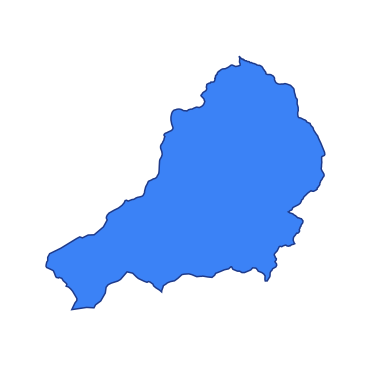 Luncoiu De Jos, Hunedoara, Romania, rotated 284°
{"feature_id": "2599482B97743802111601", "entity_name": "Luncoiu De Jos", "entity_type": "district", "adm_level": 2, "iso_a3": "ROU", "parent_name": "Romania", "parent_adm1": "Hunedoara", "projection": "albers", "projection_center": [22.778, 46.083], "detail": "fine", "context": "isolated", "style": "filled", "palette": "blue", "viewbox_px": 384, "rotation_deg": 284, "n_neighbors": 0, "source": "geoboundaries", "source_scale": "gbopen_adm2", "svg_char_len": 6057}
<svg xmlns="http://www.w3.org/2000/svg" viewBox="0 0 384 384"><g transform="rotate(284 192 192)"><path d="M190.8,306.7L192.5,304.6L192.5,302.6L192.8,301.9L192.5,301.1L193.3,299.5L194.1,298.1L194.2,297.3L194.8,295.8L195.2,295.2L195.3,294.4L195.4,291.9L196.0,290.3L196.5,290.9L197.8,291.7L198.6,293.0L199.7,293.4L200.5,293.4L201.5,293.8L205.6,298.5L207.4,299.8L209.4,300.3L210.7,300.3L212.2,301.4L213.4,301.5L214.6,301.9L216.9,303.4L218.7,304.4L222.1,307.2L221.8,308.1L222.1,309.8L223.7,311.7L225.1,312.8L226.1,312.5L226.3,312.6L227.3,313.2L228.0,313.4L229.3,314.0L230.1,314.2L231.7,313.9L232.6,314.2L234.0,314.2L234.3,314.3L234.7,314.6L235.9,315.1L236.8,315.3L237.7,315.4L238.7,316.0L239.5,316.2L240.3,316.1L241.4,315.6L241.8,315.2L242.7,314.4L243.5,313.5L244.5,312.6L245.7,311.8L246.5,311.6L247.1,311.6L248.0,311.5L249.7,311.1L252.6,310.7L253.1,310.4L257.0,309.4L257.8,309.5L258.1,309.9L259.6,311.6L260.6,311.8L262.6,311.0L270.4,305.3L274.7,301.8L276.8,300.4L278.4,298.4L281.5,295.1L282.6,294.5L283.8,293.7L285.1,291.6L286.1,290.6L287.1,290.0L287.6,286.9L287.9,286.1L288.6,285.7L288.9,285.0L289.3,284.1L289.3,282.7L289.6,282.0L289.7,281.3L290.1,279.6L290.0,277.9L290.1,277.5L290.9,276.6L291.7,276.3L292.8,275.8L294.9,275.3L296.7,275.4L299.9,274.5L302.9,272.7L305.0,272.2L306.8,271.9L307.8,271.2L308.5,270.1L309.0,269.7L311.6,268.4L313.4,267.3L316.1,266.2L317.0,265.6L318.6,263.0L319.3,261.8L319.7,258.0L319.7,256.2L319.6,255.8L318.8,254.3L318.3,252.2L317.9,251.5L317.8,250.9L317.7,249.6L318.1,247.7L318.6,246.8L319.2,246.2L320.0,245.6L320.6,245.1L321.0,244.8L321.9,244.7L322.8,244.3L323.7,243.3L324.2,242.7L324.4,241.5L324.7,241.1L324.9,239.9L324.8,238.9L324.3,237.1L324.3,236.2L324.4,235.6L324.7,235.0L325.4,234.9L326.2,234.4L326.6,233.9L326.9,233.4L327.7,232.7L328.4,231.6L329.6,230.6L330.6,229.4L331.3,227.0L331.0,226.2L331.0,224.1L331.4,223.3L331.7,221.0L331.5,219.9L331.6,219.5L332.0,218.4L331.9,218.0L331.5,217.1L332.2,216.2L332.3,215.7L332.2,215.1L332.0,214.5L332.0,214.0L332.4,213.3L332.5,212.9L332.3,212.3L332.2,211.8L332.4,211.3L332.8,210.7L332.9,210.4L332.6,210.1L332.6,209.8L333.2,209.4L333.4,209.1L333.1,208.6L333.0,208.2L335.2,204.8L333.2,206.0L329.6,206.6L327.9,207.8L326.6,208.0L325.5,206.5L324.3,204.0L324.9,200.5L324.6,199.3L322.0,197.2L319.7,194.5L318.8,191.9L318.0,190.9L316.9,189.9L315.9,189.3L315.5,188.6L314.0,187.9L312.5,187.7L311.8,187.3L311.7,187.3L311.7,187.5L310.8,186.9L310.3,186.7L310.0,186.7L309.3,187.1L307.8,186.6L307.6,186.7L307.6,187.1L307.1,187.1L305.1,187.0L305.0,186.9L304.2,186.6L303.9,186.0L303.6,185.3L303.2,183.7L302.2,183.5L302.1,183.1L302.0,182.7L301.7,182.2L300.2,180.5L299.8,180.3L298.6,180.5L297.2,180.5L296.3,181.1L295.6,181.3L294.9,181.3L294.0,181.1L293.5,180.8L291.6,179.0L290.7,178.4L288.5,177.7L288.3,177.4L287.9,177.3L287.5,177.6L287.1,178.0L286.7,178.8L285.3,180.9L284.8,181.3L283.6,181.9L283.2,182.5L282.7,182.5L280.6,182.3L278.6,181.6L277.6,180.8L276.6,179.8L275.8,178.8L275.7,178.5L275.5,176.2L275.3,175.5L274.7,174.8L273.8,173.5L272.4,172.0L272.1,170.8L271.8,170.2L271.0,168.8L270.7,168.5L270.2,168.2L269.5,167.6L269.3,167.2L269.4,166.9L269.2,165.9L268.9,164.1L269.0,163.4L269.3,162.6L269.5,161.5L269.4,159.6L269.2,158.8L268.9,158.0L268.5,157.1L267.9,156.3L267.1,154.8L266.5,154.3L264.7,153.5L263.2,153.3L260.1,153.4L258.9,153.6L256.6,154.2L253.0,155.9L250.0,157.9L249.5,158.1L249.0,158.1L248.5,158.1L247.0,157.4L246.3,156.7L244.6,154.5L243.5,153.3L242.7,152.1L242.2,151.6L241.5,151.2L240.8,151.0L240.5,151.0L240.1,151.3L239.7,151.6L239.3,152.3L237.3,152.0L236.5,152.1L235.4,152.1L233.8,151.6L232.2,151.4L230.8,150.7L229.1,150.4L228.1,150.6L227.0,150.9L225.6,151.8L224.0,152.9L221.6,153.9L220.6,154.0L219.6,153.9L218.4,153.8L216.5,153.2L215.5,153.0L214.4,153.0L209.7,153.9L204.9,154.9L202.7,155.2L201.8,155.2L200.8,155.0L199.9,154.6L197.9,154.2L197.4,153.9L196.3,153.0L195.2,151.1L193.9,149.8L191.9,147.2L191.3,147.0L188.8,146.6L187.1,146.1L185.5,145.8L181.4,145.8L179.8,146.1L176.9,145.4L176.5,145.2L175.7,144.4L174.8,142.9L173.6,140.4L172.5,138.9L171.4,138.0L170.7,137.1L170.2,135.7L167.7,132.2L168.2,130.5L167.5,129.2L165.2,128.8L162.2,127.4L158.6,124.5L155.5,120.8L151.5,116.6L148.9,115.3L146.8,115.0L145.6,115.4L144.4,116.5L136.7,114.5L126.8,107.4L125.1,101.6L121.0,96.8L121.3,94.0L118.9,91.3L105.8,78.4L97.7,68.8L93.7,67.8L90.5,68.6L90.0,68.5L89.4,68.2L88.8,68.0L86.1,68.1L84.7,68.3L84.4,68.5L83.9,69.0L83.6,69.2L83.5,69.8L82.7,74.0L82.1,76.5L79.9,78.2L77.0,80.2L76.3,81.1L76.3,83.3L77.0,83.8L76.7,86.6L74.8,88.5L72.7,92.5L72.1,92.9L70.1,92.7L70.0,95.0L68.6,97.7L66.9,100.1L60.8,106.1L58.8,106.5L56.1,105.3L48.8,103.8L54.5,117.6L55.9,124.9L59.2,125.7L64.2,129.8L73.0,132.3L78.8,131.7L81.8,133.1L84.1,135.8L87.6,141.5L89.9,143.8L98.8,148.3L98.9,154.1L96.2,158.6L95.1,160.9L93.8,167.3L93.5,170.2L94.6,171.4L94.5,173.1L93.1,176.5L91.7,177.4L90.4,179.9L88.9,184.4L87.7,186.7L89.1,186.5L93.0,186.9L94.2,186.9L96.4,189.0L97.9,190.1L99.8,192.7L101.0,195.2L101.6,196.5L104.7,199.1L109.4,202.2L110.4,204.3L111.8,208.7L111.8,211.8L111.0,217.1L112.1,220.2L112.5,221.7L113.0,222.7L113.4,228.0L114.0,232.1L116.7,234.1L118.8,234.6L121.7,238.7L124.4,242.3L126.3,246.1L128.8,247.8L129.0,248.5L126.9,250.4L126.2,255.2L126.7,257.4L125.9,259.9L126.5,262.4L130.6,267.9L133.1,269.2L133.6,272.3L133.4,272.8L132.3,274.3L131.2,275.4L130.7,279.3L129.8,281.5L128.3,283.2L126.2,283.6L124.5,284.0L123.4,284.6L123.9,286.5L126.3,287.2L128.6,288.0L129.9,287.9L132.3,287.4L134.1,287.6L135.1,288.4L137.0,288.8L139.6,291.5L141.5,291.9L143.0,291.2L143.6,290.2L144.5,289.3L146.6,290.2L147.9,289.9L148.4,288.7L149.6,288.2L150.3,287.3L151.5,286.9L152.8,287.4L155.5,288.9L159.9,289.8L160.4,290.2L160.7,291.2L160.6,292.3L161.9,293.6L163.1,295.6L163.1,296.4L162.6,297.3L162.9,299.2L163.5,299.6L163.6,300.4L164.9,301.3L165.7,302.9L166.7,304.2L167.6,303.2L169.8,301.8L172.1,301.5L173.2,301.7L174.8,302.5L177.4,303.5L177.6,304.6L178.7,305.4L179.6,305.8L180.3,305.8L181.2,305.2L181.8,305.2L182.7,305.5L183.9,305.4L185.1,306.0L185.8,305.9L186.7,306.0L188.9,306.9L190.8,306.7Z" fill="#3b82f6" stroke="#1e3a8a" stroke-width="1.5"/></g></svg>